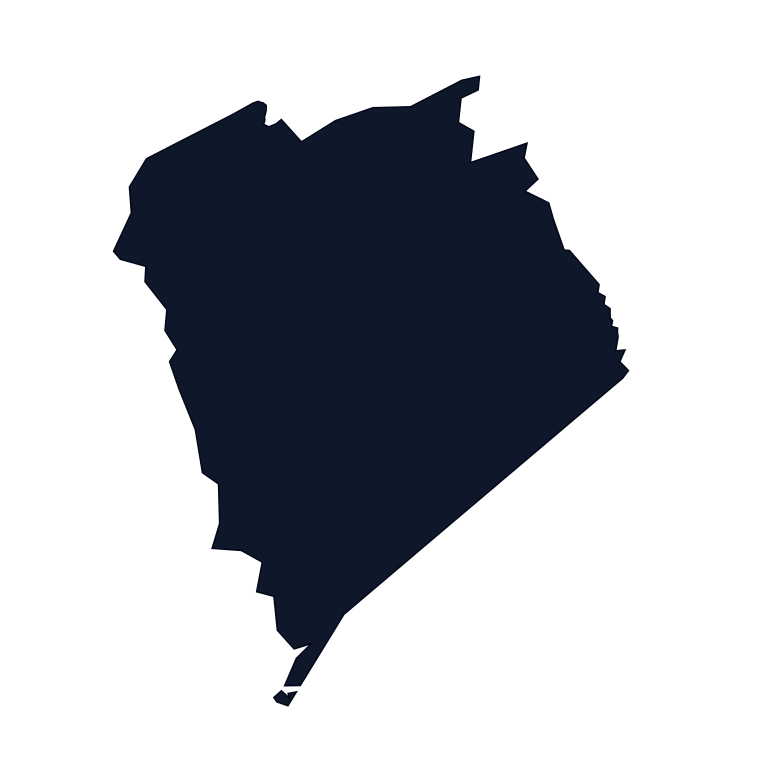 Pickens, South Carolina, United States of America (Robinson projection), rotated 350°
{"feature_id": "52423323B51993782969568", "entity_name": "Pickens", "entity_type": "district", "adm_level": 2, "iso_a3": "USA", "parent_name": "United States of America", "parent_adm1": "South Carolina", "projection": "robinson", "projection_center": [-82.722, 34.847], "detail": "fine", "context": "isolated", "style": "filled", "palette": "ink", "viewbox_px": 768, "rotation_deg": 350, "n_neighbors": 0, "source": "geoboundaries", "source_scale": "gbopen_adm2", "svg_char_len": 1254}
<svg xmlns="http://www.w3.org/2000/svg" viewBox="0 0 768 768"><g transform="rotate(350 384 384)"><path d="M328.8,105.7L323.0,109.0L315.3,110.7L310.5,107.4L312.0,104.6L312.6,102.8L312.6,100.6L313.5,98.7L315.3,94.7L316.4,89.1L313.9,86.3L311.4,85.2L309.1,83.8L304.3,84.5L281.3,92.4L189.2,120.9L167.5,145.8L164.9,171.6L140.7,206.3L146.0,215.4L169.9,226.8L166.4,241.7L183.1,273.0L177.6,293.3L186.2,314.4L176.7,324.8L181.3,353.5L190.3,396.3L189.8,439.8L203.7,453.8L197.9,492.9L186.2,516.0L214.4,523.1L233.2,538.3L222.5,566.5L238.7,574.0L236.2,608.0L249.5,629.3L267.4,627.0L250.1,638.9L233.7,663.9L249.2,666.4L257.0,657.6L304.5,603.9L422.2,535.1L464.4,510.5L576.8,444.9L620.1,419.7L627.1,413.2L620.1,403.0L627.3,392.3L618.0,391.6L622.7,378.3L623.0,372.6L623.8,369.5L618.0,366.7L620.1,361.3L618.2,358.2L619.7,349.0L614.4,343.9L616.9,336.2L610.5,331.2L613.1,323.4L589.8,284.7L584.7,283.4L579.4,251.1L577.7,234.3L556.3,218.6L571.2,208.9L561.2,185.8L566.7,171.6L507.6,181.0L516.4,150.7L502.7,139.4L509.5,115.8L527.8,110.7L531.5,97.6L513.4,98.4L458.3,115.6L421.0,110.0L382.0,116.2L344.7,131.2L328.8,105.7ZM233.5,684.2L244.3,672.0L235.8,672.1L236.2,676.8L229.7,668.3L221.1,673.6L223.3,678.5L233.5,684.2Z" fill="#0f172a" stroke="#020617" stroke-width="1.5"/></g></svg>